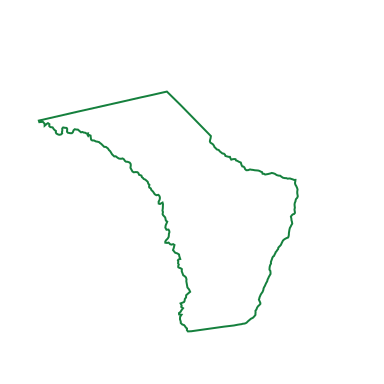 Sebastião Laranjeiras, Bahia, Brazil, rotated 59°
{"feature_id": "56859067B69279711991755", "entity_name": "Sebastião Laranjeiras", "entity_type": "district", "adm_level": 2, "iso_a3": "BRA", "parent_name": "Brazil", "parent_adm1": "Bahia", "projection": "orthographic", "projection_center": [-43.114, -14.573], "detail": "fine", "context": "isolated", "style": "outline", "palette": "green", "viewbox_px": 384, "rotation_deg": 59, "n_neighbors": 0, "source": "geoboundaries", "source_scale": "gbopen_adm2", "svg_char_len": 4647}
<svg xmlns="http://www.w3.org/2000/svg" viewBox="0 0 384 384"><g transform="rotate(59 192 192)"><path d="M270.8,122.4L268.8,121.6L267.5,121.3L265.9,120.5L264.0,119.9L263.4,118.5L263.1,117.2L263.4,115.7L262.9,114.5L261.8,114.0L259.8,113.2L258.4,111.9L256.8,111.2L255.3,110.4L254.2,109.4L253.3,108.1L252.3,107.3L251.6,106.4L251.1,104.7L250.1,103.5L248.5,102.9L247.2,102.4L245.6,101.4L244.3,100.3L243.0,99.9L240.8,99.6L238.9,99.6L237.3,99.1L236.2,98.1L234.9,97.1L234.2,98.3L233.1,99.1L232.1,100.0L230.8,101.1L229.8,103.2L228.8,103.9L227.9,105.3L226.6,106.7L224.7,107.6L223.5,108.0L222.5,109.4L221.1,110.7L219.1,111.6L217.8,112.7L216.7,113.9L216.5,115.1L216.1,116.4L215.7,117.7L215.2,119.0L214.7,120.3L213.5,120.9L212.7,122.1L211.1,121.7L209.9,122.6L208.7,123.3L207.7,124.2L206.9,125.3L205.7,127.0L204.5,128.3L203.6,129.5L202.5,130.7L202.2,132.6L201.3,134.2L199.8,134.7L198.0,134.4L196.7,134.8L196.0,135.7L194.8,135.7L193.4,135.4L191.9,135.0L190.0,136.4L188.8,137.0L187.6,138.0L186.3,137.8L185.6,138.7L184.9,140.1L184.5,141.7L182.9,141.7L181.4,141.4L180.8,142.4L179.6,143.6L178.3,144.8L176.9,144.5L175.5,145.0L174.6,146.1L173.2,146.6L171.6,147.2L169.7,147.5L168.3,148.8L166.4,149.2L165.1,149.6L164.0,149.4L162.5,149.4L161.3,149.7L160.1,150.4L159.0,150.8L157.8,150.6L156.7,149.7L155.6,148.5L153.8,147.0L111.6,157.0L93.0,161.8L91.8,165.4L88.3,176.1L85.2,185.3L84.8,186.4L78.6,205.3L63.9,249.7L51.9,286.5L53.5,286.9L55.0,283.7L57.5,283.2L59.3,284.2L58.8,281.2L58.8,280.0L60.4,279.3L62.0,280.4L63.4,280.0L64.8,278.2L67.1,278.1L68.5,277.7L69.6,277.2L70.9,278.1L72.1,278.1L73.8,277.1L74.6,276.3L75.2,274.8L74.9,273.1L73.6,272.6L72.8,271.7L70.7,270.5L70.3,269.2L71.4,268.0L72.5,266.5L73.7,266.5L76.0,268.1L77.2,267.9L78.8,266.2L79.7,264.7L79.5,263.5L78.1,261.7L77.8,260.2L78.9,259.0L79.7,257.7L83.7,256.4L84.1,255.0L85.3,254.2L86.1,253.1L87.7,252.2L88.2,251.0L89.4,252.1L90.6,252.1L90.2,250.8L91.4,249.9L93.8,251.0L95.2,251.5L96.4,251.0L97.3,249.5L99.2,248.3L100.2,247.1L101.5,245.9L102.7,245.6L104.0,245.0L108.1,244.0L109.0,242.6L111.5,241.6L113.2,241.6L114.9,241.1L118.6,241.1L121.5,240.3L122.1,239.0L124.4,238.1L125.8,237.3L127.0,235.7L127.5,234.2L129.0,233.5L130.7,233.5L132.0,233.0L132.9,231.7L134.6,230.3L136.1,230.1L137.4,230.6L139.6,232.3L143.7,232.5L145.1,231.8L145.9,230.0L147.0,228.5L148.4,228.2L150.0,228.5L150.9,227.7L151.9,226.9L153.5,227.3L154.7,226.8L155.9,226.7L157.4,225.6L160.4,224.7L162.4,225.2L163.9,224.8L164.9,225.8L166.1,226.3L167.7,225.5L169.4,225.8L171.6,225.2L174.7,225.1L176.4,224.2L177.1,222.3L178.3,222.0L179.8,222.2L180.9,222.8L182.0,223.8L183.1,225.6L184.8,226.5L185.8,225.6L185.9,222.7L187.4,223.1L190.9,225.4L192.8,226.9L194.2,227.2L195.8,228.6L197.0,228.7L198.9,228.3L200.0,228.1L203.0,229.1L204.7,228.5L207.1,231.8L208.8,233.2L211.2,233.3L212.1,231.5L213.9,231.6L215.0,232.2L215.9,233.3L217.7,234.5L218.6,235.3L219.4,236.8L220.0,239.1L220.7,240.4L221.7,241.0L222.9,239.5L223.3,238.1L225.6,237.6L226.6,236.6L227.0,235.0L228.4,234.3L230.7,236.6L232.0,238.2L235.4,237.7L237.1,236.2L238.9,235.3L240.3,235.9L243.4,236.6L242.9,238.2L243.3,239.3L244.4,239.5L246.0,240.7L247.4,240.7L248.4,242.0L249.5,242.5L250.5,241.9L251.5,241.0L252.9,240.4L254.6,241.6L258.9,242.4L260.2,241.7L262.1,241.2L264.0,241.7L265.5,242.8L271.5,245.1L274.0,244.7L276.6,245.0L277.0,247.7L277.5,250.2L279.3,251.4L280.0,253.2L281.6,254.5L282.2,255.6L281.9,257.4L281.6,259.2L283.9,259.3L284.9,260.4L287.0,259.5L288.0,262.1L288.8,263.4L289.1,265.5L290.3,266.1L291.8,264.2L292.8,266.4L294.8,267.8L297.3,268.4L298.5,269.1L300.5,268.6L302.1,267.3L303.6,267.1L304.9,267.1L306.4,266.6L307.7,267.5L309.4,267.3L311.0,264.3L323.9,233.9L328.0,224.8L329.3,221.2L330.1,219.2L330.8,217.6L331.1,216.3L331.7,215.1L332.1,213.7L332.1,212.3L331.7,210.9L331.4,209.2L331.0,206.8L331.2,204.6L330.7,202.7L330.0,200.9L328.8,200.2L327.9,199.5L326.5,198.8L325.9,197.3L324.9,196.1L324.0,194.5L323.6,192.5L323.1,191.0L322.1,190.5L320.4,190.3L318.7,190.1L318.0,189.2L317.1,188.4L316.2,187.1L315.3,185.9L314.5,184.2L314.0,183.0L312.7,181.3L311.5,180.3L310.8,179.3L310.1,178.0L309.1,176.6L308.2,175.3L307.3,173.6L305.9,172.2L305.2,171.0L304.5,170.1L303.7,168.7L302.7,166.9L301.3,166.1L300.0,165.5L298.5,165.6L297.3,164.8L296.1,163.9L294.9,162.6L294.0,161.1L292.7,160.5L291.7,159.3L290.6,157.9L289.7,156.9L289.1,155.8L289.0,154.5L288.1,153.4L287.5,152.2L286.7,151.4L286.4,150.2L285.8,149.1L285.3,147.6L284.2,146.7L283.8,145.5L283.5,144.2L283.1,143.0L282.1,141.6L280.5,139.1L280.2,137.9L280.1,136.3L280.2,134.7L280.5,133.0L279.5,131.8L278.4,130.9L277.4,130.3L276.3,129.4L274.5,127.9L273.2,126.6L272.5,125.3L271.5,123.8L270.8,122.4Z" fill="none" stroke="#15803d" stroke-width="2"/></g></svg>